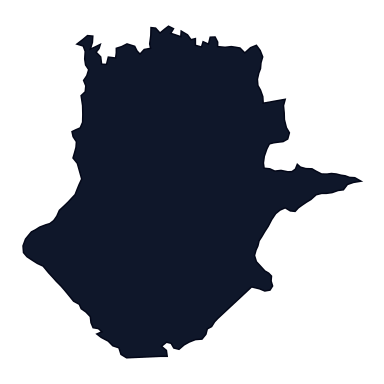 outline of Vargem Bonita, Santa Catarina, Brazil
{"feature_id": "56859067B32510958714119", "entity_name": "Vargem Bonita", "entity_type": "district", "adm_level": 2, "iso_a3": "BRA", "parent_name": "Brazil", "parent_adm1": "Santa Catarina", "projection": "mercator", "projection_center": [-51.749, -26.945], "detail": "fine", "context": "isolated", "style": "filled", "palette": "ink", "viewbox_px": 384, "rotation_deg": 0, "n_neighbors": 0, "source": "geoboundaries", "source_scale": "gbopen_adm2", "svg_char_len": 2650}
<svg xmlns="http://www.w3.org/2000/svg" viewBox="0 0 384 384"><path d="M215.1,37.0L210.2,37.2L208.5,44.1L203.1,41.7L201.5,47.0L195.4,45.3L195.4,38.6L191.0,39.7L187.5,34.8L181.2,31.1L180.8,36.7L175.3,34.8L170.7,33.3L173.5,28.7L168.5,26.2L164.7,29.1L160.0,33.0L155.6,28.1L151.0,27.6L150.8,35.5L149.7,43.9L150.6,48.3L144.2,49.5L140.0,54.1L137.0,50.9L134.7,46.3L127.0,43.9L121.7,46.6L116.3,48.3L116.3,52.9L115.6,58.0L108.3,57.1L106.5,64.4L101.6,64.2L100.7,56.9L96.1,52.2L99.0,48.6L100.3,44.4L95.0,47.0L90.3,49.2L92.4,42.4L92.8,36.1L87.5,35.6L83.0,39.4L76.9,44.1L83.2,46.0L85.2,51.4L84.7,59.0L85.6,65.0L88.7,69.6L86.8,75.7L83.6,80.4L85.8,85.8L85.2,91.8L81.1,95.6L82.6,105.6L82.8,114.5L82.6,122.3L80.2,127.9L76.0,129.7L72.0,131.6L73.1,136.7L76.4,141.7L76.0,147.3L74.7,152.2L73.0,158.0L77.3,163.3L79.0,169.3L80.4,174.3L81.7,179.0L79.0,184.8L76.9,190.0L75.1,194.6L71.6,198.3L68.4,201.8L64.4,205.7L59.4,210.3L56.8,216.2L53.7,220.6L49.8,223.6L45.8,224.8L39.7,227.1L35.1,230.0L31.4,231.9L28.5,235.4L25.5,239.1L23.0,245.9L23.5,252.6L27.0,256.7L32.1,260.1L37.3,263.4L43.1,266.1L48.7,272.9L52.6,277.1L56.5,281.5L61.1,286.1L64.4,289.9L68.6,295.0L73.6,301.2L79.3,304.3L81.2,308.7L85.8,311.9L90.3,316.6L91.0,322.7L93.1,327.7L98.4,328.6L101.9,331.8L96.8,334.0L101.2,337.4L108.2,341.1L112.8,345.8L118.9,347.8L121.0,354.4L126.6,357.8L160.8,356.3L167.2,356.3L166.4,350.4L161.5,346.3L166.5,342.2L171.1,343.3L173.8,348.0L179.0,349.3L184.1,344.9L189.1,342.1L195.4,339.6L202.0,339.1L205.9,334.3L207.3,328.9L211.6,326.6L214.6,321.8L217.6,318.6L251.6,286.9L259.5,288.8L264.8,291.0L270.0,290.1L272.6,286.0L271.1,281.0L271.5,276.1L268.6,273.1L264.8,270.9L261.0,266.7L256.4,261.7L254.5,255.5L256.0,250.1L257.9,245.9L259.1,240.8L261.7,236.8L264.7,231.7L268.2,226.3L271.8,219.4L275.7,213.6L280.0,210.1L285.2,207.8L290.3,210.9L295.1,211.4L298.4,207.8L302.3,205.0L306.4,202.2L310.9,199.5L316.1,194.8L321.6,193.4L326.2,193.4L332.1,192.6L338.0,190.5L343.4,189.8L347.4,184.5L353.5,182.4L361.0,181.2L354.8,177.7L349.5,177.4L345.2,175.8L341.0,175.2L336.3,174.0L331.4,173.5L327.0,174.1L321.6,174.0L315.7,171.0L312.0,168.8L305.8,168.6L300.4,167.1L297.3,164.3L295.4,169.1L292.0,171.6L287.9,171.8L281.0,170.4L274.8,171.1L269.8,168.8L264.1,168.2L263.4,163.0L264.3,156.3L266.9,148.8L269.4,143.9L273.6,142.8L277.9,142.2L283.1,141.6L287.7,139.0L289.4,132.8L286.4,127.7L284.4,119.6L284.2,113.0L283.5,105.6L285.2,99.3L263.2,103.2L262.8,96.6L260.5,90.1L257.9,85.5L257.4,79.3L258.8,73.0L260.5,68.6L261.0,62.7L262.7,56.9L260.2,50.5L256.4,45.3L250.5,47.7L244.8,52.9L240.0,48.0L235.4,47.2L231.3,46.6L225.1,47.3L217.6,46.6L217.7,42.1L215.1,37.0Z" fill="#0f172a" stroke="#020617" stroke-width="1.5"/></svg>